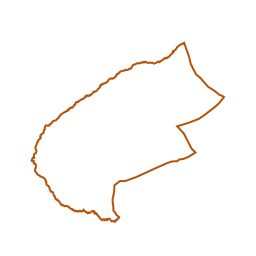 West Ambae, Penama, Vanuatu, rotated 13°
{"feature_id": "77236927B38715927177991", "entity_name": "West Ambae", "entity_type": "district", "adm_level": 2, "iso_a3": "VUT", "parent_name": "Vanuatu", "parent_adm1": "Penama", "projection": "equal_earth", "projection_center": [167.719, -15.408], "detail": "fine", "context": "isolated", "style": "outline", "palette": "amber", "viewbox_px": 256, "rotation_deg": 13, "n_neighbors": 0, "source": "geoboundaries", "source_scale": "gbopen_adm2", "svg_char_len": 5695}
<svg xmlns="http://www.w3.org/2000/svg" viewBox="0 0 256 256"><g transform="rotate(13 128 128)"><path d="M163.5,32.4L162.8,33.2L162.5,33.7L162.1,33.8L161.8,33.7L161.4,34.3L160.3,34.9L157.6,38.3L157.5,39.1L156.8,40.8L156.7,41.2L155.9,42.1L155.6,42.2L155.2,42.8L154.5,43.0L154.6,43.5L155.2,44.0L154.3,45.1L153.7,46.0L153.3,47.0L152.5,47.9L152.2,49.1L151.5,49.5L151.0,50.1L150.8,50.6L150.5,50.4L149.9,50.8L149.4,51.5L148.9,51.3L148.7,51.4L148.4,51.9L148.1,52.2L147.8,52.0L146.4,53.8L146.3,54.3L145.2,55.0L143.9,56.8L143.3,56.7L143.1,56.5L142.6,56.3L141.1,57.8L139.8,58.9L138.9,59.4L138.4,59.4L137.1,58.9L135.3,59.3L134.6,59.6L134.0,59.4L132.7,60.0L132.1,60.2L131.3,60.0L131.1,59.8L130.4,59.5L129.6,59.6L129.0,60.6L128.3,60.7L127.8,60.5L127.6,60.3L127.3,60.4L127.0,61.0L126.1,61.6L124.4,62.5L124.1,62.7L123.1,62.6L122.0,63.0L121.7,63.3L120.8,64.4L119.4,64.9L118.6,65.7L118.4,66.0L118.1,67.8L117.9,68.0L117.8,68.7L117.4,69.1L117.3,69.6L117.1,69.8L116.7,70.0L116.0,69.9L115.5,70.3L114.8,71.4L114.4,71.5L113.0,72.1L112.7,72.0L112.8,71.8L112.7,71.8L112.0,72.2L111.8,72.7L111.2,73.1L109.3,73.7L108.0,74.6L107.2,75.8L106.7,76.1L106.5,76.5L106.5,77.0L106.4,77.0L105.9,77.5L105.0,78.0L104.8,78.6L104.9,79.4L104.7,79.9L103.9,81.1L103.6,82.0L103.4,82.2L102.7,82.6L102.6,83.0L102.0,83.1L101.6,83.5L101.2,83.6L100.4,83.4L99.8,84.0L99.4,84.1L98.4,85.1L98.2,85.6L97.7,87.3L97.4,87.8L96.1,89.0L95.7,89.6L95.3,89.8L94.8,89.7L94.3,90.2L93.9,90.3L92.6,91.9L92.3,91.5L92.2,91.6L92.1,92.0L91.7,92.2L91.4,92.9L91.6,94.2L90.9,95.8L90.1,96.5L89.3,98.5L87.1,100.5L86.3,100.4L86.0,101.5L85.0,102.9L84.3,104.4L83.9,104.4L83.3,105.0L83.1,104.7L82.8,104.9L82.5,105.6L81.9,105.6L81.3,105.3L81.0,105.6L80.5,106.7L80.3,106.8L80.1,106.7L79.9,106.2L79.7,106.1L79.5,106.4L79.5,107.0L78.9,107.8L78.6,109.1L77.1,109.9L76.8,110.2L76.6,110.6L76.1,110.7L75.7,111.3L74.9,112.1L74.0,112.6L73.8,113.5L73.5,114.0L71.8,114.4L71.7,115.1L71.2,115.4L71.1,115.7L71.4,116.6L71.4,117.0L70.6,117.6L70.2,118.0L70.1,118.4L69.9,119.5L69.6,120.3L69.1,120.7L68.7,120.6L68.3,120.6L67.9,121.4L67.2,121.3L66.8,121.7L66.4,123.3L66.1,123.4L65.7,123.3L65.4,123.6L65.4,124.6L65.3,124.9L64.8,125.2L64.2,125.2L63.5,126.3L62.3,127.2L61.9,127.4L61.1,128.5L60.0,129.3L59.4,130.5L58.7,131.3L58.6,132.4L58.5,132.7L58.2,132.9L58.0,133.8L57.8,134.3L56.8,135.3L56.4,136.2L56.0,136.8L54.1,137.7L53.3,138.4L52.8,139.2L52.4,140.8L51.9,141.1L50.7,142.3L50.7,142.7L50.9,143.3L50.7,143.4L50.1,143.3L49.8,143.5L49.4,143.9L49.1,143.9L48.5,143.7L47.9,143.9L47.4,144.0L47.0,144.8L46.9,146.8L46.9,147.2L47.3,147.9L47.2,148.2L46.8,148.6L46.6,149.2L46.6,150.0L46.9,151.4L46.7,152.0L46.3,152.2L45.2,153.3L44.8,154.6L44.6,154.5L44.4,154.8L44.4,155.0L44.7,155.5L44.4,156.0L44.4,156.3L44.6,156.7L45.1,157.0L45.2,157.5L44.8,157.8L44.6,158.3L44.4,158.5L43.9,159.6L43.5,160.0L43.1,160.8L43.1,161.5L43.3,162.1L43.0,162.4L42.7,163.0L42.7,164.7L42.1,166.7L42.2,167.9L42.4,168.6L42.6,169.1L43.9,170.8L44.0,171.1L44.0,172.1L43.9,173.0L43.7,173.5L42.7,174.1L42.5,174.4L42.4,175.0L42.7,176.9L43.1,177.5L43.3,178.2L42.9,178.4L42.4,178.1L42.1,178.3L41.7,179.5L41.6,180.7L41.4,181.3L41.6,181.7L42.1,181.9L42.6,181.7L43.0,181.3L43.5,181.3L43.5,181.6L43.9,182.4L44.0,183.2L44.3,183.8L44.6,183.9L45.2,183.6L45.7,183.6L46.2,184.2L46.9,185.8L47.0,186.4L47.0,187.3L46.7,188.8L47.0,189.4L46.9,190.3L47.2,190.9L49.6,192.9L50.1,193.7L52.5,194.1L53.3,194.9L54.1,194.8L54.5,195.1L56.8,195.3L57.7,196.0L58.3,196.2L58.6,196.4L59.0,197.0L59.6,197.8L60.1,198.2L60.2,198.9L60.7,199.4L60.8,200.5L61.1,201.0L62.0,202.0L63.0,202.2L64.4,203.1L64.9,204.0L65.1,204.5L65.6,205.1L65.7,205.5L66.2,205.9L66.4,206.4L67.0,207.3L67.3,207.4L67.7,207.1L68.4,207.5L68.7,207.4L69.2,207.5L69.6,208.0L70.8,210.4L71.7,210.7L72.1,211.1L72.4,212.1L73.1,213.1L73.4,213.1L74.4,214.0L74.7,214.0L75.3,213.6L75.8,214.4L77.4,215.0L78.1,215.8L78.5,216.1L79.0,216.8L79.5,217.1L80.3,217.9L81.2,217.4L81.5,217.5L81.9,218.1L82.6,218.2L83.1,218.0L83.7,218.4L84.3,218.4L84.8,217.9L86.0,217.9L86.6,218.1L87.2,217.7L87.7,218.0L88.2,218.5L88.8,218.6L89.4,219.2L90.5,219.4L91.0,219.7L91.5,219.8L91.8,219.5L92.2,219.6L92.9,220.5L93.7,220.2L94.8,221.0L95.6,220.4L96.5,220.8L97.0,220.6L97.4,220.2L97.6,220.3L98.1,220.7L98.4,220.6L98.7,220.5L99.3,219.5L99.5,219.4L100.0,219.7L100.4,219.4L101.0,219.8L101.6,219.9L102.2,219.5L102.7,219.0L103.0,217.9L103.7,218.5L104.1,218.2L104.9,219.0L105.4,219.0L105.7,219.3L107.3,219.5L107.7,220.1L108.0,220.2L108.3,219.7L108.5,219.9L108.9,219.6L109.3,219.6L109.5,219.1L110.0,219.1L110.3,218.9L111.9,217.0L113.0,217.3L113.1,216.8L113.7,216.6L114.3,217.2L114.3,217.5L114.2,218.2L114.8,219.0L115.1,219.0L115.8,218.2L116.8,218.5L117.1,218.8L117.4,219.5L117.7,219.7L118.4,219.9L119.0,220.8L119.4,221.0L119.7,220.9L120.9,222.1L121.9,222.9L123.0,223.4L123.3,223.3L123.8,223.6L124.1,223.3L124.3,222.6L124.5,222.4L125.6,222.8L125.8,222.5L126.3,222.9L126.7,222.1L127.1,221.8L127.6,221.7L128.0,222.2L128.5,222.5L128.6,222.3L128.7,221.5L128.8,221.2L130.0,220.6L131.1,220.9L132.0,222.1L133.0,222.6L133.8,222.3L134.4,221.9L134.9,222.3L135.3,222.2L135.6,221.7L135.8,221.6L136.4,222.1L136.5,221.7L136.5,221.2L136.6,220.9L136.8,220.6L137.1,220.5L137.7,220.5L137.8,219.4L138.0,219.2L138.4,219.0L138.8,218.2L139.2,217.9L139.4,217.5L139.5,216.9L136.4,215.3L134.5,213.3L132.3,211.7L131.6,208.5L130.1,204.8L129.0,200.9L128.9,193.9L127.7,186.8L132.1,181.5L137.1,180.4L147.0,174.0L164.4,160.6L174.3,153.2L178.4,150.7L183.3,149.3L185.1,147.1L188.9,145.7L193.3,142.6L199.3,136.7L194.7,133.9L183.5,120.7L175.5,115.3L185.7,109.4L195.0,103.2L199.7,98.0L207.2,88.9L210.9,83.8L214.6,76.3L212.8,75.6L209.4,75.0L203.6,72.2L196.5,69.7L187.1,62.8L182.5,60.6L177.5,54.9L174.6,51.2L171.5,44.9L163.5,32.4Z" fill="none" stroke="#b45309" stroke-width="2"/></g></svg>